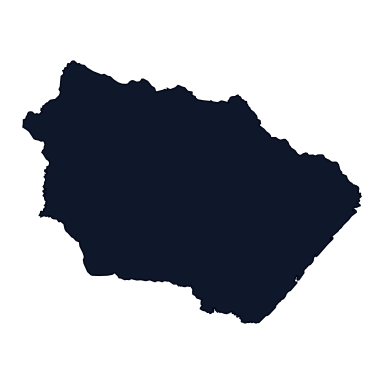 the district of Muanza, Sofala, Mozambique
{"feature_id": "85939544B50673994435668", "entity_name": "Muanza", "entity_type": "district", "adm_level": 2, "iso_a3": "MOZ", "parent_name": "Mozambique", "parent_adm1": "Sofala", "projection": "mercator", "projection_center": [34.955, -19.086], "detail": "fine", "context": "isolated", "style": "filled", "palette": "ink", "viewbox_px": 384, "rotation_deg": 0, "n_neighbors": 0, "source": "geoboundaries", "source_scale": "gbopen_adm2", "svg_char_len": 5881}
<svg xmlns="http://www.w3.org/2000/svg" viewBox="0 0 384 384"><path d="M68.0,63.7L67.4,65.2L67.2,67.6L65.1,67.9L64.8,68.6L64.8,69.9L62.9,70.7L63.9,72.7L63.7,74.4L61.3,76.3L60.4,86.9L59.3,89.0L59.4,89.8L60.5,91.2L60.4,93.2L59.6,95.5L55.4,99.6L50.7,100.3L49.5,101.1L47.8,103.1L46.9,103.0L46.6,103.9L45.5,104.0L44.8,105.3L42.9,106.2L42.8,108.5L42.3,108.7L41.3,108.5L41.4,109.3L40.9,110.0L42.2,112.1L40.9,112.8L40.1,114.2L39.4,114.0L38.2,114.7L36.9,113.7L35.9,114.2L33.9,114.2L32.7,112.6L31.8,112.1L29.9,112.0L28.6,112.5L27.7,114.1L27.7,115.2L26.6,116.4L25.8,119.2L23.5,119.9L23.5,123.8L23.0,127.0L26.6,129.2L29.4,131.4L34.1,138.6L35.7,139.3L38.6,139.8L41.1,141.0L43.5,140.6L44.5,142.0L45.2,144.8L44.3,147.1L44.4,148.9L42.8,150.6L42.0,152.5L43.2,153.5L46.5,158.9L48.9,160.5L49.9,163.0L49.1,166.1L47.8,166.6L47.7,167.1L47.0,167.0L47.2,168.1L46.9,168.4L46.9,169.2L46.1,169.5L45.3,170.6L44.9,170.3L44.7,171.1L45.4,171.9L46.0,171.9L46.3,172.5L47.1,172.3L47.6,172.9L45.9,174.9L45.4,174.6L45.4,175.8L44.3,176.8L45.7,178.6L45.8,180.0L44.7,182.6L45.0,183.3L44.6,184.0L44.8,184.5L43.3,186.5L44.7,188.9L45.9,188.5L46.3,189.1L46.0,189.8L44.5,189.9L43.0,191.1L43.6,192.1L45.1,192.8L45.9,193.6L45.6,194.0L44.4,193.6L43.3,195.7L44.5,196.7L45.0,199.8L46.6,201.4L45.8,202.9L46.0,204.0L44.6,205.4L45.5,206.3L45.7,207.0L45.3,208.4L44.7,208.2L43.7,209.3L43.8,211.3L42.3,211.9L41.8,211.4L40.8,211.6L40.5,213.4L39.4,215.3L40.9,216.0L41.0,216.8L43.6,215.5L46.2,216.2L48.4,215.8L49.0,216.8L50.1,216.1L50.7,216.2L52.2,218.0L53.6,218.6L57.0,218.9L58.8,221.5L59.6,221.5L60.5,220.9L64.1,223.9L65.2,229.1L66.4,231.2L68.1,232.5L71.9,236.8L73.5,237.5L76.3,240.5L79.6,241.7L80.1,246.2L83.1,252.2L84.4,256.0L84.4,257.9L83.5,259.8L84.2,263.5L87.8,271.6L91.1,274.7L92.8,275.1L99.1,275.3L107.6,275.0L112.3,274.1L115.0,272.3L116.2,274.0L117.9,275.5L119.1,277.7L121.0,277.8L124.5,279.5L127.2,279.2L129.1,279.5L131.2,278.4L136.7,279.8L140.8,279.5L145.9,280.5L149.7,279.6L155.0,281.6L156.2,280.9L158.0,280.5L160.1,280.8L161.9,281.6L164.2,280.6L165.8,280.6L167.1,281.0L168.1,280.8L169.7,281.2L173.6,283.9L176.8,283.8L178.7,285.8L180.0,285.4L180.9,286.0L181.8,285.6L183.3,286.3L185.0,286.5L187.4,285.8L189.6,286.2L191.1,285.6L191.6,287.4L192.6,288.4L193.0,289.6L192.8,292.3L193.0,294.1L195.5,295.5L196.9,297.8L202.1,299.6L201.4,300.8L201.2,303.9L201.4,304.5L202.3,304.8L202.6,305.4L200.7,307.8L200.4,308.7L201.8,309.7L203.4,310.4L204.5,310.1L205.2,311.0L206.2,311.0L207.3,312.3L209.1,312.1L210.1,313.4L210.9,313.2L211.9,312.1L213.3,312.0L213.6,309.9L212.8,309.0L212.7,308.3L214.0,308.4L215.1,307.9L215.5,308.3L215.5,309.8L217.5,312.0L219.1,311.3L220.0,312.3L220.8,311.9L224.8,313.2L226.9,313.5L227.8,312.8L228.8,312.9L229.4,312.0L230.8,311.9L231.7,311.4L232.4,311.8L232.5,313.3L235.1,313.5L234.6,314.6L234.8,314.7L237.0,314.6L237.2,315.7L236.9,316.7L237.5,316.9L239.3,316.0L239.8,316.3L240.1,316.9L240.0,318.3L241.9,319.6L241.4,321.2L242.0,321.9L243.0,321.9L244.3,322.7L245.4,322.8L248.1,322.0L248.7,322.4L250.6,321.9L252.0,322.5L253.1,321.8L256.0,322.9L258.0,322.2L258.8,322.4L265.1,316.1L266.1,315.4L267.7,315.1L269.1,314.0L275.0,307.7L275.5,306.8L275.6,305.3L277.3,303.8L278.0,302.6L280.4,300.9L281.4,299.3L282.7,299.0L283.7,298.3L285.3,296.0L285.9,294.0L286.9,292.6L288.5,291.1L290.3,290.4L296.6,283.1L296.7,282.2L295.1,282.1L294.0,281.0L295.2,278.7L295.1,277.5L295.6,276.8L297.0,275.9L298.0,276.1L297.1,278.2L297.1,279.2L297.8,280.0L299.0,279.7L303.8,272.8L303.6,271.3L304.1,269.5L306.0,267.9L306.4,267.0L307.4,266.5L308.0,265.3L310.3,264.3L312.5,261.8L313.1,260.3L313.2,258.7L313.8,256.9L315.1,255.9L314.9,255.0L315.3,254.7L315.7,255.0L316.2,256.3L317.4,255.6L327.6,243.9L332.6,239.0L332.7,238.6L331.6,238.8L331.0,239.2L331.0,239.6L330.4,239.8L330.2,239.4L330.8,237.9L332.2,237.4L331.6,236.8L331.9,236.1L337.8,231.1L338.7,229.6L341.3,227.4L343.1,224.8L348.2,219.9L351.4,215.8L356.2,212.2L356.1,211.1L354.4,209.6L352.8,210.7L353.0,208.4L354.8,207.2L356.7,207.1L360.1,205.6L359.9,205.0L358.5,203.8L357.0,203.1L359.4,201.1L359.4,200.4L358.5,199.2L358.6,198.6L361.0,196.5L360.6,195.6L359.9,195.3L360.5,193.8L360.3,193.4L359.2,193.7L358.5,193.4L358.2,190.1L358.6,189.1L358.5,188.0L358.0,187.1L356.3,185.9L355.3,186.0L354.6,185.2L353.0,185.1L351.8,183.5L349.4,182.1L347.2,179.2L346.2,176.1L341.6,174.1L341.5,172.2L339.7,170.2L338.4,164.9L336.9,162.7L336.0,162.3L332.2,162.4L331.0,161.9L328.5,160.1L326.8,159.5L324.3,157.9L323.5,155.8L322.5,155.1L318.0,155.1L315.6,156.1L314.6,156.0L313.1,155.2L309.1,155.5L307.9,154.7L307.1,153.5L305.8,153.1L303.4,153.9L301.3,155.4L299.4,155.5L297.1,153.9L294.8,150.6L290.9,148.1L290.1,146.6L289.0,145.7L287.9,142.4L285.3,139.6L284.0,139.5L280.4,140.4L277.8,139.3L275.7,137.7L271.6,137.8L270.5,137.3L270.2,135.6L268.8,133.8L266.0,131.8L264.0,129.4L259.3,125.9L259.1,124.3L260.4,123.6L259.9,120.6L257.3,119.4L256.8,118.8L256.8,117.2L256.4,115.9L253.7,112.4L250.5,110.0L249.7,108.1L247.9,106.3L247.5,104.9L246.6,103.7L246.4,101.7L244.4,101.4L243.5,100.2L241.4,99.5L240.6,97.5L240.2,97.0L238.7,96.4L238.1,95.3L237.4,95.3L235.1,96.7L231.9,96.9L230.4,97.7L229.5,99.7L228.4,100.9L228.4,102.9L221.7,101.1L220.9,101.2L218.3,102.7L217.5,102.8L212.7,102.1L210.9,100.9L210.3,101.5L209.5,101.6L202.9,100.9L197.5,99.9L195.5,98.2L195.1,96.7L193.4,96.1L191.6,94.5L191.6,93.7L192.1,92.9L191.8,92.1L188.2,91.6L187.2,90.9L184.7,87.9L182.2,87.3L178.9,85.8L178.0,85.6L175.6,87.8L171.0,89.6L169.5,89.7L167.4,88.5L167.4,89.6L166.8,90.1L166.1,90.1L165.0,89.5L162.8,90.5L156.0,92.2L155.0,90.6L154.8,89.1L154.0,87.8L151.5,86.5L147.6,81.5L143.2,79.2L141.9,79.3L140.7,81.2L139.4,82.1L136.3,82.3L133.3,80.9L132.0,80.8L130.2,81.7L127.9,84.2L125.4,84.6L121.6,84.3L117.8,82.9L113.3,79.9L110.3,77.0L107.5,76.4L104.4,74.6L103.2,74.6L102.1,75.2L101.0,75.0L92.9,71.8L86.7,68.1L84.4,65.6L81.0,65.1L79.2,63.7L77.3,64.1L74.3,61.3L73.0,61.1L71.8,61.6L70.2,64.0L68.0,63.7Z" fill="#0f172a" stroke="#020617" stroke-width="1.5"/></svg>